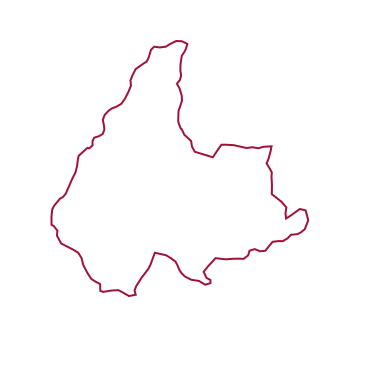 Andong-si, North Gyeongsang, South Korea, rotated 207°
{"feature_id": "91817680B16014600177045", "entity_name": "Andong-si", "entity_type": "district", "adm_level": 2, "iso_a3": "KOR", "parent_name": "South Korea", "parent_adm1": "North Gyeongsang", "projection": "robinson", "projection_center": [128.764, 36.55], "detail": "fine", "context": "isolated", "style": "outline", "palette": "rose", "viewbox_px": 384, "rotation_deg": 207, "n_neighbors": 0, "source": "geoboundaries", "source_scale": "gbopen_adm2", "svg_char_len": 2021}
<svg xmlns="http://www.w3.org/2000/svg" viewBox="0 0 384 384"><g transform="rotate(207 192 192)"><path d="M138.1,115.4L134.2,119.2L135.6,122.0L138.1,122.0L140.0,122.0L145.4,126.2L143.9,133.3L142.4,138.5L141.0,143.7L131.2,147.4L125.9,150.7L120.5,153.6L115.6,155.9L113.2,161.1L114.1,165.8L110.2,169.6L104.4,170.1L100.0,172.9L98.5,180.0L97.6,184.2L92.7,187.5L88.8,189.4L85.8,194.1L84.4,198.9L79.0,202.2L76.6,205.5L74.6,210.2L75.6,219.6L82.4,227.2L88.2,225.8L93.1,216.3L96.1,211.1L99.0,215.4L100.9,221.1L107.8,223.9L114.6,225.3L119.9,226.3L124.3,235.2L128.2,241.9L129.7,245.6L133.1,248.0L138.5,251.3L138.9,256.5L140.4,263.6L141.9,268.8L149.2,264.5L152.6,261.2L158.5,259.3L163.3,256.0L176.0,252.7L182.4,249.9L187.2,247.5L188.2,240.9L189.2,232.4L207.7,229.1L212.6,232.4L216.0,237.1L224.8,239.5L229.7,243.3L230.6,243.3L234.5,246.6L236.5,248.9L240.9,258.4L241.4,262.7L242.4,268.8L244.8,273.1L250.2,278.7L254.6,281.6L253.6,286.3L254.6,291.0L257.5,294.8L260.4,301.0L262.9,308.6L262.4,313.3L262.4,316.6L263.4,321.8L269.2,321.8L274.6,319.4L278.5,314.2L281.4,309.5L286.3,306.2L291.7,304.3L293.1,300.0L291.7,292.5L291.6,287.7L294.6,282.5L298.0,275.9L298.0,268.8L297.5,263.6L294.6,258.9L294.1,251.8L294.1,244.7L295.0,238.5L298.4,233.3L301.4,230.0L303.3,226.3L304.8,221.1L304.3,215.9L300.9,211.6L298.4,207.8L297.9,203.1L300.4,199.3L303.8,196.0L303.8,192.3L301.8,188.5L303.3,184.2L305.2,183.8L309.4,172.9L308.6,169.6L306.2,163.0L304.7,156.4L304.7,149.3L303.7,133.3L304.7,129.0L306.6,126.2L308.6,117.3L308.6,113.0L306.1,106.4L302.2,98.9L299.8,98.9L294.4,96.5L292.5,91.8L285.2,86.7L278.8,86.7L271.5,86.7L265.7,86.2L260.3,82.9L255.9,77.7L248.6,72.5L242.3,68.8L236.9,68.3L232.1,68.3L228.7,62.2L225.7,62.7L219.4,67.4L213.1,71.1L209.2,71.1L200.9,70.7L195.5,74.9L198.5,78.2L199.0,82.9L198.5,87.6L198.0,92.8L197.0,98.0L196.0,104.1L196.0,108.3L197.5,121.0L190.2,122.9L186.3,123.9L180.4,123.4L175.1,122.5L171.7,120.1L167.8,116.8L164.4,114.9L160.0,113.5L152.7,113.5L145.4,115.9L138.1,115.4Z" fill="none" stroke="#9f1239" stroke-width="2"/></g></svg>